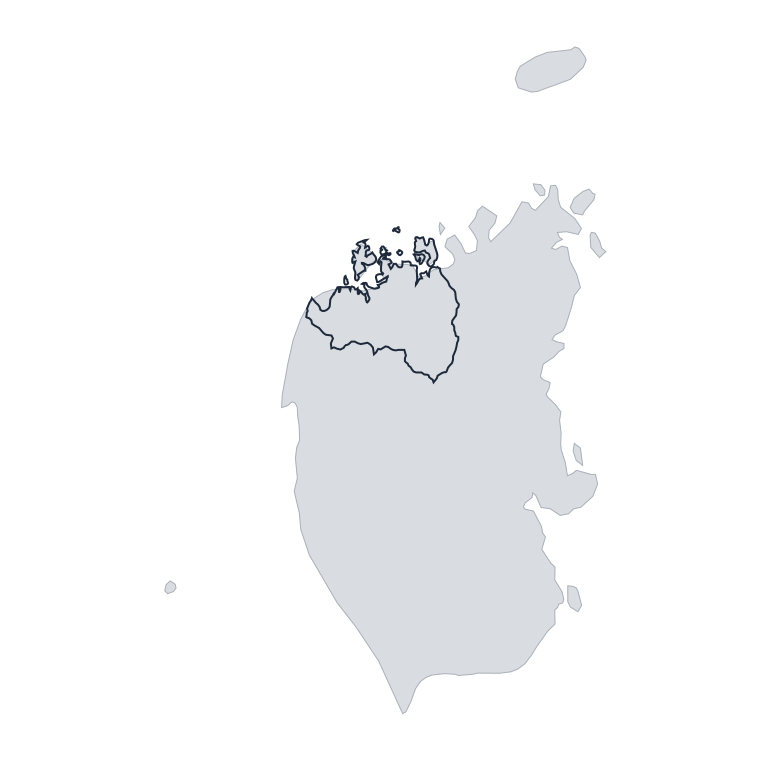 South Gyeongsang on a map of South Korea (Equal Earth projection), rotated 178°
{"feature_id": "KOR-2505", "entity_name": "South Gyeongsang", "entity_type": "Province", "adm_level": 1, "iso_a3": "KOR", "parent_name": "South Korea", "parent_adm1": "", "projection": "equal_earth", "projection_center": [128.367, 35.249], "detail": "fine", "context": "in_parent", "style": "outline", "palette": "slate", "viewbox_px": 768, "rotation_deg": 178, "n_neighbors": 0, "source": "natural_earth", "source_scale": "10m", "svg_char_len": 9349}
<svg xmlns="http://www.w3.org/2000/svg" viewBox="0 0 768 768"><g transform="rotate(178 384 384)"><path d="M218.3,154.6L221.1,152.3L221.3,149.0L221.4,138.3L229.4,130.9L240.9,115.7L246.5,107.3L252.9,99.6L260.2,94.4L267.4,91.9L278.7,90.9L300.4,91.8L304.6,90.9L319.7,90.1L323.3,91.5L334.2,92.4L346.4,91.4L352.5,89.2L358.1,85.3L363.1,78.4L368.2,65.7L373.6,55.6L376.8,53.8L399.0,107.3L420.3,141.9L438.5,167.1L464.6,215.7L472.3,241.7L473.1,257.8L477.5,280.1L473.9,292.8L475.1,312.9L473.5,323.3L470.3,330.9L470.3,345.6L471.3,353.4L471.5,363.8L473.5,367.9L476.5,369.4L481.3,365.6L487.1,364.0L486.1,376.5L479.2,408.3L473.2,431.4L465.0,451.6L454.4,470.1L441.8,477.3L432.8,479.9L415.8,480.8L401.6,477.7L389.4,480.0L384.6,483.8L380.9,490.4L383.6,500.7L383.3,508.3L378.1,507.7L367.7,503.3L356.3,502.7L350.9,500.5L345.5,489.7L340.0,490.1L330.4,496.5L315.8,497.9L310.6,501.4L308.8,505.9L310.9,511.6L318.3,519.0L315.8,526.6L308.1,530.4L301.9,521.1L298.0,512.0L293.7,511.5L287.0,514.1L285.6,523.9L288.7,530.6L293.8,538.4L286.6,547.3L284.6,553.7L279.4,558.3L265.4,548.1L267.5,540.9L273.6,533.9L274.4,526.7L272.4,522.4L252.3,540.6L239.8,561.3L233.2,559.8L230.5,554.5L226.6,552.3L213.2,565.6L210.6,576.2L205.7,576.6L203.6,572.2L203.5,562.6L201.3,554.5L187.5,542.7L181.3,532.5L184.7,526.7L196.2,529.8L205.4,529.4L203.6,524.6L200.7,522.3L206.8,519.5L211.9,513.9L207.7,512.4L201.3,515.6L195.9,514.0L193.9,500.6L187.5,486.8L184.3,473.5L190.7,465.8L194.1,453.8L200.2,436.6L203.2,431.0L211.5,426.9L214.5,422.5L210.0,420.2L202.7,418.2L203.0,413.2L207.9,410.5L213.4,405.0L224.2,398.3L227.5,385.8L224.5,382.6L217.9,379.6L219.4,373.3L222.2,368.4L221.2,365.5L213.4,357.4L208.2,349.9L209.8,341.5L208.7,328.7L209.5,317.9L209.2,312.1L205.5,299.0L203.9,285.9L198.9,287.8L194.8,291.0L180.3,286.4L175.8,286.2L174.0,276.4L179.3,264.4L191.7,253.9L198.8,252.6L204.1,247.9L212.5,246.5L222.4,253.6L231.3,255.1L236.2,267.4L239.2,270.1L239.9,265.5L247.2,260.2L248.9,256.2L247.4,254.0L239.1,251.8L231.7,236.4L230.7,229.7L228.0,225.4L232.1,213.2L223.6,199.3L219.5,194.9L220.2,182.3L215.7,174.4L213.3,170.0L211.8,162.4L213.1,159.0L217.1,157.8L218.3,154.6ZM185.6,711.5L181.4,714.2L177.5,712.6L176.5,711.3L171.9,704.2L170.7,700.5L173.9,693.6L186.9,682.1L220.3,671.1L226.3,670.6L239.5,675.3L242.2,684.2L239.8,691.8L236.7,696.9L221.4,705.5L209.4,709.7L185.6,711.5ZM410.8,517.1L402.0,524.7L390.3,514.5L387.5,508.9L396.4,500.7L404.0,491.3L409.0,490.7L410.8,517.1ZM348.2,516.2L347.2,528.2L340.6,528.8L336.8,521.0L332.6,524.8L330.4,524.9L327.2,515.3L326.6,507.8L334.3,502.0L339.0,505.5L345.7,507.2L348.2,516.2ZM178.1,569.7L172.2,571.6L168.9,567.4L166.5,566.2L167.9,560.7L177.7,549.7L179.6,546.0L188.5,548.2L191.8,554.0L187.6,562.8L178.1,569.7ZM207.9,160.0L207.4,175.9L202.4,175.2L199.0,173.6L197.5,170.5L194.2,155.8L198.1,149.7L205.5,154.5L207.9,160.0ZM172.8,525.4L171.5,528.3L167.5,527.4L163.4,519.0L161.8,512.3L157.7,508.6L164.3,502.8L172.6,513.3L172.8,525.4ZM197.3,310.3L195.9,318.1L189.9,313.0L188.3,295.7L194.5,300.8L197.3,310.3ZM608.7,191.1L604.6,194.7L599.6,191.1L599.0,187.3L601.5,184.0L607.5,182.0L610.3,184.9L608.7,191.1ZM226.3,573.0L227.8,578.8L220.3,577.7L216.4,572.1L216.9,567.3L221.4,566.6L226.3,573.0ZM323.5,539.6L322.4,543.4L317.8,537.7L322.4,531.4L323.5,539.6Z" fill="#d9dde1" stroke="#a8b0b8" stroke-width="1"/><path d="M431.2,476.0L430.8,475.6L427.1,482.3L425.8,482.4L425.8,477.6L425.2,477.5L424.4,479.4L423.8,482.4L421.5,482.1L415.4,482.2L415.0,479.9L414.4,478.7L413.6,482.1L412.7,482.6L410.5,481.6L409.5,479.5L408.4,479.4L407.0,480.6L407.0,475.2L406.6,474.8L405.8,475.1L405.1,476.3L405.1,478.1L403.6,476.9L402.5,475.1L401.2,474.0L399.3,474.8L399.7,473.1L399.0,470.6L399.3,469.7L398.4,466.5L397.9,466.1L396.8,467.2L395.6,469.2L395.6,470.5L396.8,473.1L397.5,476.4L397.8,477.5L398.6,479.0L400.2,481.2L400.4,482.4L400.0,484.0L402.5,484.8L401.7,485.4L400.9,485.7L399.0,485.7L398.0,485.4L397.4,483.2L395.9,481.6L390.9,479.7L389.5,479.6L386.4,480.2L385.6,480.7L385.6,481.5L386.7,483.2L385.0,483.5L381.8,485.3L378.2,486.3L377.7,487.9L377.5,489.6L376.5,490.7L376.5,491.5L385.8,486.2L387.3,486.1L387.7,488.2L388.2,489.8L388.4,491.2L387.7,492.9L386.5,493.6L384.7,493.9L382.9,493.8L381.7,493.3L381.0,494.5L381.5,495.1L382.3,495.6L382.9,496.6L383.0,497.3L382.9,500.7L382.2,505.8L383.1,506.7L383.9,506.4L384.5,505.4L384.8,504.2L386.1,505.8L384.8,508.3L382.5,511.6L380.4,512.3L377.6,512.1L377.7,510.2L380.2,510.0L380.7,509.2L374.9,508.5L373.7,508.0L372.4,506.0L372.2,505.0L373.1,504.3L375.3,503.4L373.2,498.8L371.7,500.4L370.1,503.6L368.0,503.8L366.0,500.9L365.0,500.2L362.9,500.0L362.0,500.6L361.5,502.1L361.3,503.9L361.3,505.8L359.4,505.4L355.1,505.6L353.4,504.6L353.2,503.9L353.1,501.7L352.6,501.5L351.6,501.7L350.3,501.4L348.1,501.2L347.3,500.7L346.9,499.8L346.9,498.8L347.3,497.1L347.2,488.0L347.3,486.5L348.5,483.7L348.6,482.2L347.2,484.1L346.0,486.3L344.5,488.0L342.3,488.2L344.0,492.5L342.8,493.4L340.3,493.3L337.9,495.0L336.9,492.0L336.4,490.8L335.3,489.9L335.0,493.9L334.0,497.0L332.1,498.9L329.6,499.1L327.8,498.5L327.0,498.6L326.5,499.1L325.1,497.9L324.1,497.6L323.9,497.1L323.9,494.8L322.7,491.5L316.9,484.6L315.9,482.4L315.1,479.8L313.1,477.4L310.8,475.6L309.6,473.2L309.2,466.7L308.3,463.6L306.4,461.1L306.9,458.5L308.8,456.3L309.0,453.3L309.6,450.0L313.5,445.0L314.0,441.7L312.7,440.7L311.8,438.4L311.9,435.3L310.9,432.4L310.8,430.9L310.4,429.5L308.1,428.4L308.2,425.4L309.5,422.5L310.3,418.7L311.4,415.0L314.0,409.4L314.2,405.7L315.3,402.5L317.4,400.5L319.4,398.2L321.1,394.2L322.0,393.6L323.3,393.7L325.6,393.0L330.1,390.4L331.0,387.8L334.4,383.9L335.2,386.6L337.0,387.8L338.7,389.3L338.8,390.2L339.2,391.2L340.7,391.8L343.4,392.1L346.1,394.2L351.4,394.4L353.8,395.3L355.5,397.4L356.8,399.9L358.8,401.4L359.6,403.6L361.0,404.6L362.3,406.1L362.2,409.0L361.1,411.7L362.5,417.4L368.2,417.6L371.0,417.2L373.7,417.7L376.2,419.0L378.5,420.9L381.2,421.5L386.1,418.7L388.6,419.3L390.9,415.8L393.0,414.0L393.8,420.8L396.1,423.8L399.0,425.8L405.8,424.7L408.8,425.7L411.7,427.4L415.1,427.5L418.1,424.9L419.5,424.4L420.8,424.2L422.1,423.0L423.1,421.5L426.4,420.0L430.0,421.0L432.7,422.4L435.3,421.4L435.7,426.3L433.4,431.3L434.8,434.3L440.5,435.3L442.9,437.2L446.9,442.2L451.6,445.0L453.8,446.8L454.4,450.2L456.4,452.3L459.1,453.3L459.4,453.7L459.0,455.3L458.8,457.6L457.7,459.7L458.2,461.4L458.2,462.1L455.7,467.8L454.1,469.9L453.1,472.3L452.9,471.9L451.0,469.8L449.3,467.5L447.2,465.6L445.6,463.1L445.0,460.4L443.2,459.2L440.9,459.1L438.7,460.0L436.9,461.4L435.6,463.2L434.7,470.4L433.4,472.6L432.0,474.5L431.2,476.0ZM411.5,508.4L411.4,509.9L410.9,511.4L410.1,512.3L408.9,511.7L409.4,513.4L410.6,516.1L410.8,518.0L410.1,518.3L408.5,517.7L405.7,515.9L405.1,518.5L403.5,520.6L403.0,522.2L404.1,523.1L405.6,523.8L406.4,524.7L405.0,526.1L398.3,528.4L396.2,528.6L399.4,526.0L398.1,525.4L397.6,524.3L397.7,522.8L398.1,521.0L395.3,522.6L394.4,522.0L394.0,520.6L394.0,519.1L394.6,518.5L396.9,518.0L397.6,516.6L397.6,514.7L398.1,512.5L396.9,511.7L395.9,513.0L392.6,514.6L391.1,515.9L390.1,514.1L388.7,512.5L387.7,510.8L387.4,508.4L388.0,507.0L389.2,505.7L390.6,504.7L391.8,504.2L395.3,503.4L396.2,503.4L397.7,504.1L400.2,505.6L401.9,505.8L401.9,505.0L400.2,503.8L399.2,501.9L398.8,499.9L398.7,497.9L399.9,498.1L406.4,494.0L405.3,491.8L405.8,489.6L407.2,488.3L408.8,489.0L409.2,490.0L409.3,491.2L408.7,495.8L408.7,496.5L410.1,500.3L410.1,501.9L409.7,503.3L408.3,507.5L410.2,506.8L411.1,506.1L411.4,506.4L411.5,508.4ZM348.6,515.1L349.1,516.5L348.8,517.7L348.3,519.0L348.0,520.6L348.3,523.1L348.2,524.6L347.7,525.2L346.9,525.7L347.7,528.2L347.3,529.4L345.9,529.7L343.1,528.1L341.3,529.0L339.8,529.2L338.9,526.8L337.9,521.8L336.4,520.9L335.2,521.9L334.3,523.9L334.0,526.5L333.4,527.6L332.1,527.6L330.7,527.1L329.9,526.5L329.3,525.4L329.0,521.8L326.4,512.8L326.1,510.6L326.4,508.4L327.4,506.2L328.1,505.7L328.9,505.5L329.4,505.1L329.9,502.4L330.4,501.6L331.9,500.4L333.1,499.7L334.5,500.2L335.7,501.4L336.5,502.9L336.3,504.5L335.5,506.1L333.4,508.4L333.8,509.3L334.2,511.4L334.7,512.5L335.5,513.1L337.5,513.9L338.6,516.0L340.4,515.7L342.7,514.7L344.8,514.2L348.6,515.1ZM348.4,510.5L349.8,512.5L348.8,512.8L344.6,511.6L342.3,512.4L341.0,512.2L339.6,511.3L338.8,509.6L339.4,507.7L340.7,505.9L341.5,504.2L342.4,503.0L343.8,502.6L344.3,503.9L343.3,507.3L343.4,508.4L343.9,508.8L344.4,507.4L345.5,505.6L346.4,505.4L346.7,506.3L347.6,507.0L348.4,510.5ZM377.9,514.4L380.2,513.6L381.8,513.5L382.7,514.5L383.0,516.1L382.5,517.1L382.8,517.6L382.4,518.4L381.5,518.0L381.1,518.2L381.1,518.5L381.9,518.7L382.7,519.4L381.3,521.4L379.8,521.4L379.1,520.5L378.8,519.5L378.0,519.5L378.2,518.7L377.9,517.9L376.7,517.7L376.3,517.3L377.2,516.6L377.3,515.6L376.5,514.9L374.8,514.2L373.7,514.6L373.1,514.5L372.9,513.7L373.6,512.9L374.7,512.6L376.2,513.2L377.9,514.4ZM420.1,489.7L419.7,492.2L419.1,493.1L418.7,493.3L418.0,490.6L417.3,489.8L417.0,489.2L417.1,488.3L416.3,486.3L416.6,485.5L417.6,484.8L418.6,484.7L419.6,485.0L420.2,486.6L420.1,489.7ZM369.4,536.6L369.7,536.9L369.5,537.5L368.6,538.7L368.2,539.0L366.0,539.0L365.0,539.6L364.6,540.1L364.0,540.2L363.9,539.7L364.3,538.9L364.2,538.3L363.0,537.4L363.3,535.6L363.7,535.2L364.3,535.0L367.3,536.7L367.3,537.5L367.7,537.6L369.4,536.6ZM364.4,512.5L365.8,514.1L366.3,515.1L365.9,515.8L364.9,515.8L364.4,516.0L364.5,516.9L364.2,517.3L362.8,516.7L361.8,515.9L361.2,515.0L361.3,514.3L362.0,513.2L363.2,512.2L364.4,512.5Z" fill="none" stroke="#1e293b" stroke-width="2"/></g></svg>